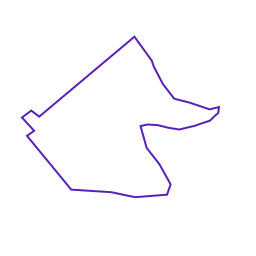 Yeonsu-gu, South Korea, rotated 50°
{"feature_id": "91817680B14745943099772", "entity_name": "Yeonsu-gu", "entity_type": "district", "adm_level": 2, "iso_a3": "KOR", "parent_name": "South Korea", "parent_adm1": "", "projection": "equal_earth", "projection_center": [126.672, 37.385], "detail": "fine", "context": "isolated", "style": "outline", "palette": "violet", "viewbox_px": 256, "rotation_deg": 50, "n_neighbors": 0, "source": "geoboundaries", "source_scale": "gbopen_adm2", "svg_char_len": 536}
<svg xmlns="http://www.w3.org/2000/svg" viewBox="0 0 256 256"><g transform="rotate(50 128 128)"><path d="M91.8,66.5L62.2,64.4L62.2,188.7L52.5,190.9L51.8,202.5L69.8,201.7L69.1,210.4L138.7,211.1L166.3,182.2L185.6,167.0L203.9,141.3L204.2,141.0L198.6,131.6L175.9,127.2L155.2,126.5L134.9,117.3L134.6,117.1L138.0,110.6L144.9,103.4L153.8,96.9L162.1,89.7L169.0,75.9L175.1,60.2L174.5,53.5L174.5,49.9L174.5,49.2L170.4,44.9L166.2,53.5L148.3,64.4L135.2,73.8L116.6,73.0L97.4,68.7L91.8,66.5Z" fill="none" stroke="#5b21b6" stroke-width="2"/></g></svg>